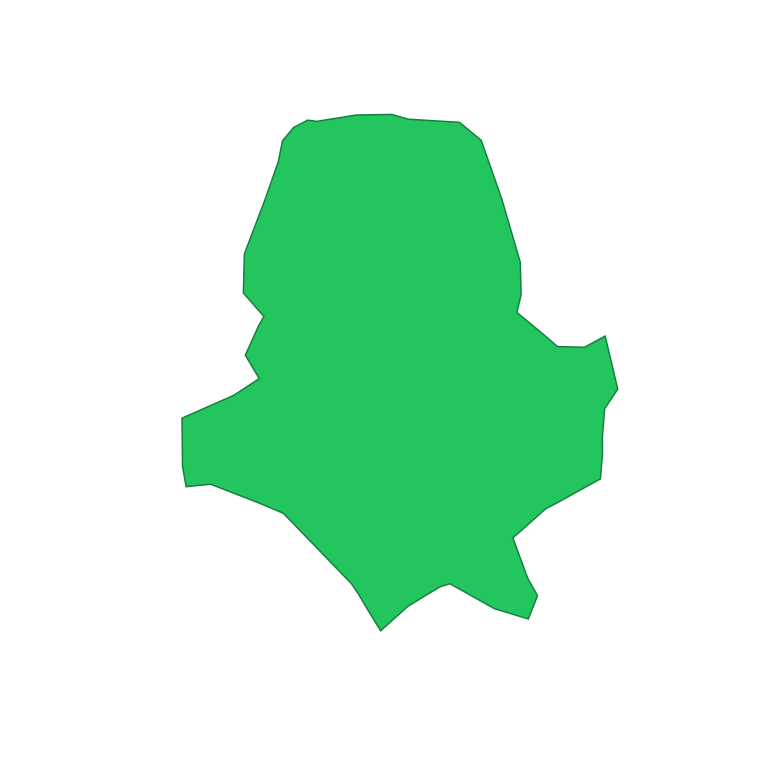 the district of Erdenedalai, Dundgovi, Mongolia, rotated 337°
{"feature_id": "93677404B12047368339882", "entity_name": "Erdenedalai", "entity_type": "district", "adm_level": 2, "iso_a3": "MNG", "parent_name": "Mongolia", "parent_adm1": "Dundgovi", "projection": "mercator", "projection_center": [104.982, 46.023], "detail": "fine", "context": "isolated", "style": "filled", "palette": "green", "viewbox_px": 768, "rotation_deg": 337, "n_neighbors": 0, "source": "geoboundaries", "source_scale": "gbopen_adm2", "svg_char_len": 831}
<svg xmlns="http://www.w3.org/2000/svg" viewBox="0 0 768 768"><g transform="rotate(337 384 384)"><path d="M555.7,172.6L509.7,149.7L496.5,138.9L463.7,125.6L424.5,115.9L416.9,111.3L401.2,112.5L385.5,120.5L374.0,137.5L348.0,166.2L306.3,209.7L290.1,245.3L299.8,274.9L291.7,281.1L267.6,303.3L271.3,330.3L241.2,335.7L184.7,336.5L166.4,381.0L161.7,401.2L185.2,408.5L221.9,444.2L240.8,463.7L276.0,555.1L278.3,566.8L280.9,586.2L284.5,609.8L319.4,597.9L356.6,592.5L366.7,593.7L397.9,634.0L425.0,656.7L442.5,639.0L442.5,637.7L440.4,619.0L442.5,575.8L446.3,574.8L484.5,561.9L493.8,561.3L546.1,555.9L557.9,533.6L564.1,518.6L577.5,492.9L597.2,480.1L606.3,426.3L582.8,428.5L558.3,417.3L551.0,402.3L534.3,370.1L545.1,355.4L557.0,325.3L561.7,285.3L564.7,260.1L568.7,197.7L555.7,172.6Z" fill="#22c55e" stroke="#15803d" stroke-width="1.5"/></g></svg>